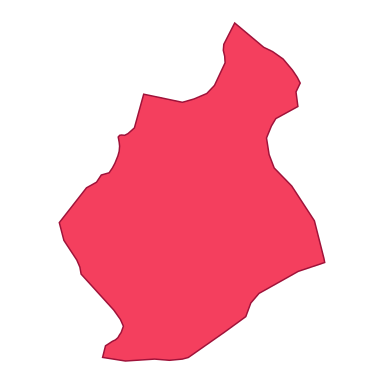 an SVG outline of Novo Mesto
{"feature_id": "SVN-212", "entity_name": "Novo Mesto", "entity_type": "Municipality", "adm_level": 1, "iso_a3": "SVN", "parent_name": "Slovenia", "parent_adm1": "", "projection": "orthographic", "projection_center": [15.192, 45.803], "detail": "fine", "context": "isolated", "style": "filled", "palette": "rose", "viewbox_px": 384, "rotation_deg": 0, "n_neighbors": 0, "source": "natural_earth", "source_scale": "10m", "svg_char_len": 961}
<svg xmlns="http://www.w3.org/2000/svg" viewBox="0 0 384 384"><path d="M324.7,262.5L298.2,271.4L259.0,293.4L250.8,303.0L245.8,316.6L245.0,317.2L224.7,332.0L188.3,357.5L182.3,359.1L169.5,360.3L154.6,359.1L125.4,361.0L102.6,357.4L105.5,345.8L112.4,341.3L115.4,339.9L117.9,337.7L119.4,335.1L121.2,332.4L123.4,326.2L120.4,319.4L113.8,310.1L81.1,274.1L79.9,267.2L76.8,260.0L63.9,240.4L59.3,222.6L86.5,187.8L96.5,182.2L101.3,175.0L109.1,172.8L112.4,168.0L114.9,163.3L117.9,155.9L119.2,151.2L119.6,146.2L119.2,142.3L118.2,137.0L119.7,135.3L121.5,135.0L124.7,135.3L128.0,133.6L134.4,127.9L143.7,94.2L182.4,102.3L193.9,99.0L206.8,93.5L214.5,85.4L225.1,62.8L224.7,56.3L223.3,50.3L223.8,44.3L234.7,23.0L263.7,47.3L272.6,51.6L283.1,59.0L292.5,70.2L297.3,77.4L300.2,83.1L296.0,91.9L297.9,106.5L275.8,118.6L271.4,126.0L266.5,138.0L269.1,154.6L274.2,168.0L291.7,186.0L314.4,220.8L323.9,258.3L324.6,262.0L324.7,262.5Z" fill="#f43f5e" stroke="#9f1239" stroke-width="1.5"/></svg>